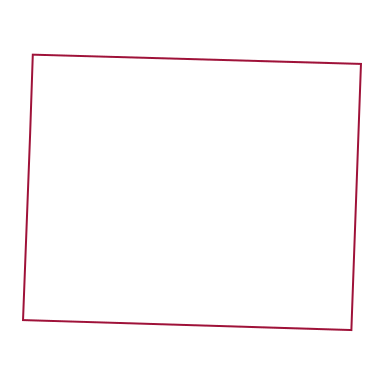 Scott, Kansas, United States of America, rotated 272°
{"feature_id": "52423323B73647157013897", "entity_name": "Scott", "entity_type": "district", "adm_level": 2, "iso_a3": "USA", "parent_name": "United States of America", "parent_adm1": "Kansas", "projection": "natural_earth1", "projection_center": [-100.891, 38.482], "detail": "fine", "context": "isolated", "style": "outline", "palette": "rose", "viewbox_px": 384, "rotation_deg": 272, "n_neighbors": 0, "source": "geoboundaries", "source_scale": "gbopen_adm2", "svg_char_len": 243}
<svg xmlns="http://www.w3.org/2000/svg" viewBox="0 0 384 384"><g transform="rotate(272 192 192)"><path d="M323.7,28.1L244.9,28.2L58.1,27.6L59.6,356.1L73.0,356.1L325.9,356.4L323.7,28.1Z" fill="none" stroke="#9f1239" stroke-width="2"/></g></svg>